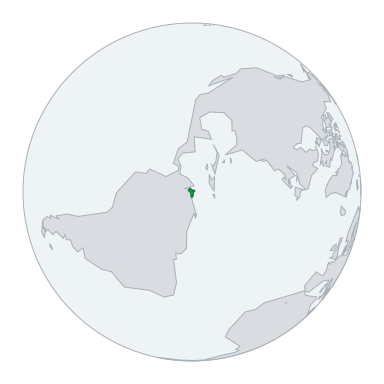 the Earth from above Falcón, rotated 76°
{"feature_id": "VEN-23", "entity_name": "Falcón", "entity_type": "State", "adm_level": 1, "iso_a3": "VEN", "parent_name": "Venezuela", "parent_adm1": "", "projection": "orthographic", "projection_center": [-69.856, 11.252], "detail": "fine", "context": "on_globe", "style": "filled", "palette": "green", "viewbox_px": 384, "rotation_deg": 76, "n_neighbors": 0, "source": "natural_earth", "source_scale": "10m", "svg_char_len": 9999}
<svg xmlns="http://www.w3.org/2000/svg" viewBox="0 0 384 384"><g transform="rotate(76 192 192)"><circle cx="192" cy="192" r="169" fill="#eef3f6" stroke="#a8b0b8"/><path d="M167.8,200.3L163.9,198.4L159.9,203.3L146.7,194.7L142.2,184.5L103.1,166.0L99.5,160.7L100.0,152.4L90.6,124.5L93.0,150.1L88.7,144.8L85.9,135.5L88.3,133.5L87.7,120.3L84.3,115.0L87.1,99.4L99.9,81.2L100.5,84.2L103.5,80.0L103.0,76.1L101.9,74.7L111.7,58.9L111.8,50.8L106.2,52.1L111.9,49.2L97.5,55.1L94.0,55.6L101.5,52.8L104.9,50.9L104.2,49.8L107.6,47.7L109.2,46.2L113.3,44.0L117.3,43.1L120.0,41.8L119.4,41.2L123.1,39.1L123.6,40.1L130.1,36.5L138.1,35.6L136.2,42.1L144.0,41.6L151.1,48.9L153.9,47.1L158.3,49.4L163.2,48.4L163.1,50.5L167.1,48.0L166.2,46.2L167.7,44.6L170.5,44.0L170.9,46.5L169.5,47.1L171.1,47.6L170.1,49.2L172.2,48.0L172.3,51.4L176.3,47.3L179.9,49.4L178.9,51.9L173.6,52.6L158.1,61.8L155.4,65.5L157.0,69.4L171.2,74.4L170.5,78.4L173.5,83.2L176.4,80.2L175.1,75.6L181.2,71.8L178.8,67.1L181.0,65.1L180.7,60.4L186.6,60.3L192.4,62.9L192.9,67.0L195.4,68.5L199.7,64.3L205.1,72.2L216.6,78.3L217.4,80.8L210.4,85.4L198.5,85.7L189.5,93.7L201.2,87.9L203.0,95.0L205.7,96.2L209.0,95.7L210.7,93.0L212.5,95.5L201.6,101.7L199.8,99.4L203.2,97.3L197.7,97.8L190.3,102.9L191.8,106.5L179.1,111.9L180.0,114.8L177.7,117.9L177.2,112.8L177.9,122.3L163.3,133.1L164.1,150.8L156.9,137.0L150.5,135.4L142.7,135.6L142.6,138.4L132.3,136.0L122.7,141.8L118.6,155.6L121.8,166.6L133.3,167.4L137.0,161.5L145.5,160.4L138.9,176.6L153.8,179.3L152.0,191.5L156.3,197.9L163.9,196.4L171.7,199.5L177.4,192.4L186.5,188.5L186.6,198.4L191.7,189.3L196.8,194.0L215.0,193.3L213.6,195.6L229.0,206.7L245.6,211.0L249.4,218.0L247.4,222.5L253.2,223.4L253.3,226.3L276.1,228.9L287.6,234.8L287.1,244.7L277.2,256.9L267.8,280.7L249.9,289.4L245.0,298.5L230.5,311.8L219.8,311.3L222.5,317.2L216.3,320.9L209.2,321.4L207.8,325.5L202.5,325.6L205.9,328.2L197.3,333.4L199.6,337.4L193.3,341.2L195.1,343.3L192.7,343.3L190.2,344.1L190.0,345.2L182.8,343.1L180.8,338.1L183.4,335.5L180.3,335.0L185.8,328.0L182.4,329.4L183.2,318.3L188.1,308.7L191.1,279.0L187.5,272.9L174.5,265.6L158.8,241.8L162.9,232.1L159.5,227.4L170.7,213.5L167.8,200.3ZM32.6,140.5L33.9,136.8L33.4,139.4L32.6,140.5ZM34.5,134.3L34.1,135.6L34.4,134.5L34.5,134.3ZM34.7,133.4L34.6,134.1L34.5,133.7L34.7,133.4ZM34.7,132.7L34.7,132.9L34.7,133.1L34.7,132.7ZM163.0,156.8L180.1,165.4L170.2,166.4L172.1,164.9L167.8,161.3L159.7,158.0L151.1,159.7L163.0,156.8ZM35.2,130.4L35.4,129.8L35.6,129.6L35.2,130.4ZM171.1,147.1L168.1,146.4L171.0,146.3L171.1,147.1ZM100.9,74.5L102.6,76.3L101.8,80.8L100.0,79.5L100.9,74.5ZM102.9,66.9L104.7,66.8L101.1,70.8L101.2,69.6L102.9,66.9ZM101.5,53.9L102.3,54.5L100.4,54.7L101.5,53.9ZM108.7,46.4L107.4,47.0L108.8,46.0L108.7,46.4ZM177.5,60.9L179.1,60.7L178.3,61.6L177.5,60.9ZM176.0,59.2L174.0,60.5L172.9,59.9L174.2,59.1L176.0,59.2ZM116.3,41.9L119.0,40.3L117.0,41.7L116.3,41.9ZM178.7,57.8L171.3,58.7L169.5,57.7L172.8,53.9L178.7,57.8ZM120.9,39.4L127.2,36.2L124.9,37.0L135.1,33.3L126.3,36.9L124.3,38.3L123.5,38.3L120.9,39.4ZM164.7,46.0L165.8,47.8L162.3,46.9L164.7,46.0ZM162.2,45.9L149.5,46.5L149.3,44.0L153.6,44.1L151.3,41.6L157.5,39.9L160.1,41.0L159.0,42.9L162.2,40.9L162.2,45.9ZM139.7,31.9L141.8,31.2L140.3,31.8L139.7,31.9ZM168.0,44.0L165.4,44.2L165.1,41.9L170.2,41.1L168.6,42.0L168.0,44.0ZM147.7,41.9L148.4,40.2L153.5,38.4L154.5,37.6L157.6,39.7L147.7,41.9ZM170.1,42.3L172.7,40.8L175.4,41.4L170.4,43.6L170.1,42.3ZM162.9,41.7L163.0,40.6L164.6,40.9L162.9,41.7ZM186.4,43.3L183.4,43.3L183.0,42.0L186.4,43.3ZM173.5,40.2L172.6,40.0L172.1,39.6L174.3,38.9L173.5,40.2ZM161.1,38.4L163.1,38.1L160.0,37.4L163.8,36.3L165.2,38.0L166.2,36.8L167.3,36.5L167.2,38.3L161.1,38.4ZM175.0,37.0L178.1,39.2L183.8,39.4L184.4,40.4L175.0,40.0L175.0,37.0ZM170.4,37.5L173.4,37.4L172.6,38.6L170.0,39.5L170.4,37.5ZM165.8,35.0L159.7,36.3L159.6,35.9L165.8,35.0ZM176.9,36.7L176.1,36.2L177.4,36.6L176.9,36.7ZM169.4,35.2L167.3,35.6L167.2,35.1L169.4,35.2ZM176.3,35.0L177.3,35.6L175.6,36.2L176.3,35.0ZM173.3,34.9L173.7,34.1L174.4,36.0L172.3,35.1L173.3,34.9ZM169.7,34.7L169.0,34.5L170.6,34.6L169.7,34.7ZM182.1,32.8L183.4,35.0L179.7,36.1L179.0,33.8L182.1,32.8ZM194.8,347.4L183.4,343.9L189.8,345.5L194.2,343.7L200.2,346.2L194.8,347.4ZM207.7,342.4L212.8,341.3L214.0,341.8L210.8,342.8L207.7,342.4ZM326.0,89.1L326.4,89.6L321.7,84.0L317.8,79.2L326.0,89.1ZM306.1,67.4L306.1,67.5L315.3,76.7L318.0,79.4L320.8,83.8L325.5,89.0L327.9,92.6L320.9,85.3L318.1,82.0L309.0,76.1L312.3,79.8L321.1,85.8L320.4,85.9L324.8,91.8L320.9,87.5L310.5,80.7L310.0,85.9L317.4,103.1L315.4,106.2L310.2,105.4L299.5,90.8L305.0,85.5L301.3,81.1L293.3,76.6L295.7,75.7L293.1,73.5L294.5,71.6L289.8,64.8L290.2,62.8L281.9,56.4L281.0,54.8L286.2,58.9L290.0,61.0L290.3,57.4L288.4,55.6L283.0,51.9L283.7,51.7L278.4,48.7L275.4,45.9L274.6,47.1L268.2,43.7L262.8,40.4L260.6,39.7L269.3,45.3L272.9,47.4L276.2,48.8L286.0,55.8L287.3,58.0L276.6,52.1L277.3,54.9L268.6,49.8L250.3,36.7L246.0,33.7L252.5,34.4L257.3,36.4L257.3,36.9L263.3,39.0L259.9,37.6L260.5,37.7L254.5,35.1L248.7,33.0L248.2,32.7L252.0,34.1L248.7,32.9L261.3,37.9L273.3,43.9L284.9,50.9L295.8,58.7L306.1,67.4ZM139.2,31.5L142.0,30.6L135.1,33.3L124.9,37.0L125.2,36.8L118.6,39.8L119.0,39.6L139.2,31.5ZM343.7,266.5L352.1,244.2L356.2,230.2L357.9,220.6L357.6,201.7L358.0,189.0L356.9,184.8L355.3,187.8L353.6,182.8L352.2,183.8L340.6,194.9L334.5,189.5L321.2,169.4L321.4,159.0L317.0,148.7L315.2,106.9L319.8,106.8L324.0,96.3L325.4,96.6L330.4,104.5L337.9,109.0L333.9,101.5L335.2,102.3L341.3,112.9L346.6,123.9L351.2,135.3L354.9,147.0L357.7,158.9L359.7,171.0L360.7,183.3L360.9,195.5L360.2,207.8L358.6,219.9L356.2,232.0L352.8,243.8L348.7,255.3L343.7,266.5ZM321.7,126.0L323.1,129.1L321.7,126.0ZM215.6,193.1L217.8,195.0L214.9,195.1L215.6,193.1ZM168.7,170.5L172.3,170.7L174.2,172.3L171.4,172.8L168.7,170.5ZM199.7,170.6L203.9,171.4L199.5,172.3L199.7,170.6ZM182.8,166.5L196.3,170.3L187.7,173.3L179.1,171.0L185.1,170.2L182.8,166.5ZM169.1,152.7L171.4,153.5L170.7,155.3L169.1,152.7ZM173.2,147.1L172.3,147.2L171.2,145.7L173.2,147.1ZM203.6,94.6L204.5,94.2L207.9,94.4L206.3,95.6L203.6,94.6ZM223.0,88.8L225.5,93.2L222.6,90.7L220.8,92.9L212.5,90.8L217.3,81.9L216.6,86.1L223.0,88.8ZM202.8,86.2L207.5,88.1L202.1,86.4L202.8,86.2ZM277.5,64.8L280.2,65.3L282.9,68.1L282.3,72.0L278.4,67.8L277.5,64.8ZM283.4,65.6L272.9,59.4L272.9,57.2L274.7,59.4L275.7,58.6L278.9,61.9L289.0,66.4L292.1,69.3L289.4,74.0L288.6,70.7L286.0,70.1L283.4,65.6ZM246.3,52.1L241.8,50.6L247.5,47.6L251.1,49.4L250.8,52.9L246.3,53.0L246.3,52.1ZM185.9,51.6L183.8,52.1L183.7,51.3L185.4,50.2L185.9,51.6ZM185.1,43.4L195.0,48.8L193.1,49.5L201.2,52.4L199.4,55.7L194.2,53.6L198.8,58.5L193.4,58.0L197.1,61.3L185.7,56.3L181.0,56.3L187.0,54.9L188.8,51.9L188.2,50.6L182.9,47.2L173.7,46.3L174.1,43.6L176.8,41.9L179.0,41.7L178.1,43.4L181.8,41.9L182.2,44.3L185.1,43.4ZM208.1,30.4L206.1,31.3L213.6,30.9L214.0,32.3L214.9,32.2L217.3,33.6L221.7,35.2L221.1,35.9L223.1,36.2L224.8,37.3L227.3,38.2L227.1,39.8L230.1,41.0L228.3,41.2L233.6,42.9L229.6,42.4L231.3,44.1L234.3,43.7L227.1,53.1L227.2,58.2L229.6,63.1L222.3,62.2L215.5,57.4L209.9,51.5L210.9,47.1L207.4,47.8L206.8,45.9L209.8,46.1L204.9,44.8L205.2,43.4L200.3,39.6L193.0,39.1L191.0,37.9L194.0,37.5L189.9,36.7L194.2,35.2L192.9,34.4L195.9,32.4L202.5,32.4L200.5,31.5L202.7,30.3L208.1,30.4ZM183.2,32.3L191.0,31.3L195.0,31.8L188.2,35.2L188.8,36.1L184.5,38.8L178.7,38.1L180.5,37.4L180.8,36.5L182.5,37.1L181.4,36.0L183.8,35.0L183.6,34.0L186.2,33.9L183.2,32.3ZM323.8,93.1L324.2,92.8L324.3,91.5L327.1,95.5L323.8,93.1ZM316.8,88.6L316.8,87.5L320.8,92.0L320.3,92.5L316.8,88.6ZM313.4,83.5L316.5,87.1L314.5,85.5L313.4,83.5ZM285.8,58.0L285.3,56.9L286.6,57.7L288.4,59.3L285.8,58.0ZM230.5,31.1L228.7,31.1L227.7,30.7L221.9,30.0L221.1,29.1L224.4,29.2L230.5,31.1ZM328.9,93.6L329.6,94.1L329.7,94.7L328.9,93.6ZM228.7,30.0L226.4,29.7L227.4,29.4L228.7,30.0ZM220.3,28.5L220.9,28.1L220.4,28.9L220.3,28.5ZM236.4,29.0L236.6,29.1L227.4,26.9L218.9,25.2L227.8,26.9L233.8,28.3L235.1,28.6L236.4,29.0ZM197.5,23.1L196.4,23.1L194.8,23.1L197.5,23.1ZM199.1,23.2L201.2,23.4L198.3,23.4L197.2,23.2L199.1,23.2ZM215.3,25.7L218.0,26.2L217.1,26.3L215.3,25.7ZM141.0,31.3L141.7,31.2L139.9,31.7L141.0,31.3Z" fill="#d9dde1" stroke="#a8b0b8" stroke-width="1"/><path d="M187.9,192.8L188.2,192.6L188.3,192.6L188.5,192.5L189.1,192.2L189.5,192.0L189.8,192.0L190.1,192.0L190.2,191.9L190.1,192.0L190.1,191.9L190.3,191.9L190.6,191.8L190.7,191.7L190.8,191.7L191.1,191.6L191.2,191.4L191.3,191.4L191.3,191.5L191.3,191.4L191.5,191.4L191.4,191.3L191.5,191.3L191.4,191.3L191.4,191.2L191.2,191.2L191.3,191.2L191.2,191.1L191.3,191.1L191.5,191.2L191.7,191.3L191.7,191.2L191.8,191.2L191.8,191.3L192.0,191.4L192.0,191.5L192.2,191.4L192.3,191.4L192.3,191.2L192.2,191.1L192.2,190.9L192.1,190.7L192.1,190.8L192.1,190.7L191.9,190.7L191.9,190.8L191.7,190.8L191.4,190.8L191.2,190.9L191.0,191.0L191.0,190.9L190.9,190.9L191.0,190.8L191.0,190.7L190.9,190.7L191.0,190.6L191.0,190.4L190.9,190.4L190.9,190.5L190.9,190.4L190.8,190.2L190.7,190.2L190.8,190.0L190.8,189.9L190.9,189.7L191.0,189.6L191.2,189.4L191.4,189.3L191.5,189.2L191.7,189.3L191.8,189.3L192.1,189.7L192.1,189.9L192.1,190.0L192.1,190.4L192.3,190.9L192.4,191.1L192.5,191.3L192.8,191.4L193.0,191.2L193.3,191.3L193.5,191.2L193.8,191.2L194.1,191.3L194.3,191.4L194.9,191.4L195.0,191.5L195.3,191.7L195.5,191.7L195.5,191.8L195.8,192.0L196.0,192.1L196.2,192.3L196.4,192.5L196.5,192.9L196.6,193.0L196.5,192.9L196.4,192.9L196.3,193.0L196.6,193.0L196.4,193.2L196.4,193.3L196.5,193.5L196.6,193.8L195.9,193.8L195.7,193.7L195.4,193.5L195.2,193.5L194.8,193.7L194.7,193.6L194.4,193.6L194.2,193.7L193.8,193.6L193.7,193.6L193.2,193.6L192.9,193.5L192.6,193.4L192.4,193.5L192.2,193.6L191.9,193.6L191.7,193.7L191.5,193.8L191.4,193.8L191.2,193.8L190.9,193.9L190.9,194.0L190.7,194.0L190.4,194.2L190.4,194.3L190.2,194.3L190.1,194.5L189.9,194.6L189.7,194.7L189.7,194.8L189.5,194.7L189.4,194.7L189.4,194.4L189.1,194.3L188.9,194.4L188.7,194.3L188.6,194.2L188.6,193.9L188.4,193.8L188.5,193.8L188.5,193.7L188.4,193.7L188.5,193.5L188.4,193.4L188.2,193.2L187.9,192.9L187.9,192.8Z" fill="#22c55e" stroke="#15803d" stroke-width="1.5"/></g></svg>